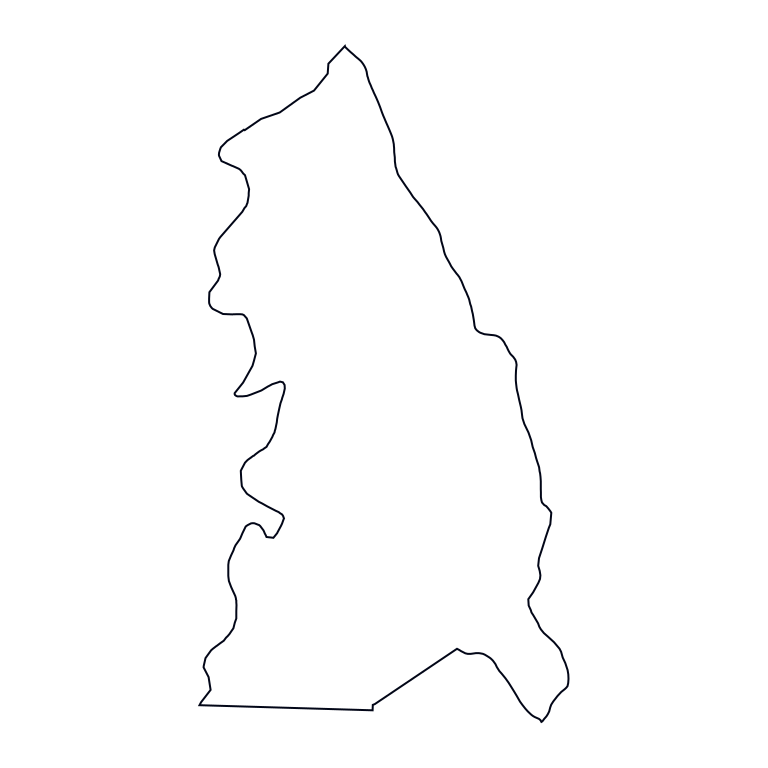 Catin, Laborie, Saint Lucia (Mercator projection)
{"feature_id": "8701671B96536961646106", "entity_name": "Catin", "entity_type": "district", "adm_level": 2, "iso_a3": "LCA", "parent_name": "Saint Lucia", "parent_adm1": "Laborie", "projection": "mercator", "projection_center": [-60.98, 13.778], "detail": "fine", "context": "isolated", "style": "outline", "palette": "ink", "viewbox_px": 768, "rotation_deg": 0, "n_neighbors": 0, "source": "geoboundaries", "source_scale": "gbopen_adm2", "svg_char_len": 5842}
<svg xmlns="http://www.w3.org/2000/svg" viewBox="0 0 768 768"><path d="M372.6,710.3L372.8,704.9L374.8,704.1L457.0,648.8L459.3,650.0L461.2,651.2L462.8,652.0L465.3,653.3L467.9,653.9L470.5,653.9L473.4,653.5L476.1,653.1L478.6,653.1L480.1,653.3L482.8,653.8L484.7,654.6L487.2,656.1L489.4,657.5L490.5,658.3L491.5,659.2L492.9,660.6L494.3,662.5L495.5,664.2L496.8,667.0L499.4,671.1L501.8,673.8L505.3,678.1L508.6,682.7L511.3,687.0L514.1,691.5L516.8,696.0L520.0,701.6L522.4,704.9L525.3,708.6L527.7,711.3L530.1,713.6L531.5,714.9L533.0,716.0L534.7,717.0L536.5,717.8L539.0,718.9L540.5,720.2L541.4,721.9L542.1,721.5L542.8,720.8L544.2,718.9L546.4,716.4L547.8,714.2L549.2,711.4L550.2,707.5L551.2,704.7L553.3,701.4L557.5,696.0L561.2,692.0L564.7,689.2L566.2,687.8L567.5,686.2L568.2,683.1L568.5,678.9L568.3,674.4L567.6,670.1L565.3,663.1L562.7,657.5L561.1,651.8L559.5,648.7L555.2,643.6L554.0,642.2L548.0,636.7L543.9,633.1L540.9,629.4L539.3,626.7L538.1,623.4L533.1,614.9L531.5,612.5L530.8,610.1L528.7,605.6L528.3,599.2L533.1,592.4L538.4,582.8L540.0,579.0L540.4,575.3L539.7,570.9L538.2,565.8L539.0,558.2L542.3,548.2L545.9,536.7L548.9,527.7L550.3,524.3L551.3,512.8L550.5,511.4L549.9,510.6L548.3,508.5L546.3,506.2L544.2,505.0L542.0,502.5L541.4,500.3L540.9,497.1L540.9,492.2L540.8,489.1L540.8,484.2L540.8,481.2L540.5,476.8L540.1,473.4L539.6,471.3L539.1,467.3L538.4,465.1L536.9,460.6L536.0,457.7L534.9,453.3L534.0,450.7L532.7,447.0L531.2,440.3L528.5,432.6L525.9,427.2L524.4,424.1L522.5,418.3L522.1,415.3L521.5,410.2L520.8,406.7L519.2,400.0L518.0,394.3L517.0,390.3L516.6,387.9L516.1,383.6L515.8,380.5L515.8,375.6L516.0,370.7L516.3,367.5L516.6,364.9L516.1,361.9L515.2,359.6L513.2,356.8L511.8,355.4L510.9,354.5L510.1,353.5L508.7,351.1L507.7,349.1L506.7,346.8L505.3,344.6L504.2,342.3L502.8,340.4L501.0,338.4L499.4,337.2L498.1,336.5L495.9,335.6L493.7,335.2L490.6,334.9L484.4,334.2L480.2,332.7L478.7,331.8L478.2,331.4L476.8,330.3L475.3,328.4L474.5,325.6L474.2,323.0L473.8,320.0L473.3,317.0L472.8,314.0L472.1,311.2L471.1,306.4L470.3,304.3L469.6,301.4L469.2,299.6L468.4,297.4L467.1,294.4L466.4,292.6L464.6,288.9L463.5,286.2L462.4,283.4L461.5,281.2L460.1,278.6L459.4,277.2L457.6,274.8L456.6,273.7L454.6,271.0L453.0,268.9L451.2,266.3L450.0,263.9L448.7,261.5L447.6,259.6L446.1,256.9L444.9,254.2L444.1,251.6L443.3,247.9L441.3,240.9L440.9,238.1L440.5,236.1L440.0,234.5L439.3,232.5L438.8,231.4L437.7,229.3L436.5,227.5L435.1,225.8L433.0,223.4L431.0,220.8L428.8,217.4L426.6,214.1L425.1,212.1L423.0,209.0L421.4,207.0L419.6,204.8L417.5,202.0L414.9,199.1L413.2,197.1L412.2,195.6L410.5,192.9L405.8,186.2L400.8,178.8L399.1,176.3L398.0,174.4L397.4,172.7L396.8,170.5L396.1,168.1L395.6,166.8L395.3,164.4L394.9,161.5L394.8,157.4L394.2,152.2L394.1,147.9L393.9,146.0L393.8,144.2L393.3,141.6L392.8,139.1L392.1,136.6L391.1,134.0L389.7,130.6L387.9,126.4L386.5,123.3L385.3,120.5L384.4,118.3L383.3,115.8L381.9,112.2L380.1,107.1L378.0,101.8L375.9,97.0L373.8,92.6L373.0,90.6L371.8,88.1L371.0,86.0L370.5,84.8L369.6,82.9L369.0,81.3L368.3,79.1L367.9,77.5L367.4,76.2L366.9,73.4L366.7,71.9L365.9,69.3L364.9,67.0L364.0,65.4L363.2,64.1L361.9,62.3L360.8,61.0L359.7,60.0L358.1,58.6L357.2,57.9L355.3,56.3L354.7,55.7L352.7,53.9L350.7,52.2L348.0,49.7L345.1,46.9L344.9,46.1L328.4,63.7L327.7,73.6L314.0,90.6L300.3,97.7L279.7,112.5L261.1,118.9L244.7,130.2L243.9,129.7L239.1,133.0L227.2,140.9L220.9,147.3L220.7,147.9L220.4,148.5L219.1,152.7L218.9,154.9L219.1,155.9L221.5,161.1L232.0,165.8L232.9,166.1L238.7,168.7L239.2,169.0L240.5,170.0L241.7,171.4L243.2,173.5L245.0,175.2L249.1,189.2L248.7,193.1L248.7,195.7L247.6,202.1L247.5,202.9L247.1,203.6L246.2,206.1L244.5,208.0L242.3,211.8L220.3,237.1L219.0,238.9L214.8,247.4L214.1,250.4L214.7,254.1L217.7,264.5L218.5,266.7L219.0,268.7L219.3,270.2L220.2,274.2L219.8,276.5L218.6,279.0L218.1,280.5L209.4,292.2L209.1,298.6L209.1,302.2L209.3,303.7L209.6,304.3L210.3,306.0L211.8,308.0L212.8,308.9L223.0,314.0L232.5,314.4L233.0,314.3L236.7,314.2L240.2,314.2L242.4,314.4L243.9,315.1L246.1,317.6L246.8,318.4L251.8,332.7L252.7,335.1L252.9,335.8L254.0,339.7L254.7,346.3L255.9,353.4L254.5,358.7L254.1,360.3L252.5,365.8L243.1,382.6L234.7,393.1L234.6,394.0L235.1,395.1L236.4,396.0L237.5,396.4L243.0,396.3L247.0,395.9L250.8,394.6L260.3,390.9L261.5,390.4L267.9,386.5L269.5,385.7L272.2,384.2L277.9,382.4L280.0,381.6L282.9,382.3L284.6,385.0L284.8,388.6L284.6,389.4L283.6,393.9L282.2,398.0L281.9,399.3L280.5,403.2L279.2,408.9L277.9,415.0L277.2,418.7L276.8,422.3L275.4,429.1L274.9,430.5L274.5,432.5L273.1,435.0L272.4,436.8L269.7,441.7L268.1,444.0L266.5,446.9L264.2,448.4L263.3,449.2L260.6,450.6L259.0,451.6L255.3,454.4L253.9,455.7L253.2,455.9L252.5,456.4L247.6,460.0L246.9,460.7L245.0,462.7L241.7,469.0L240.8,470.8L241.0,474.8L241.3,480.2L241.8,485.8L242.0,486.5L243.1,488.4L246.6,493.3L247.4,494.1L258.8,501.8L262.0,503.4L267.3,506.4L273.7,509.7L275.8,510.8L278.7,512.1L279.9,513.1L281.2,513.9L281.8,514.2L282.3,514.8L282.7,515.3L283.2,516.2L283.7,517.8L284.0,518.3L283.2,520.4L282.0,523.8L281.5,524.7L281.3,525.3L277.7,532.0L277.4,532.6L277.2,533.1L273.4,537.8L270.2,537.4L269.1,537.3L266.5,537.0L265.6,534.9L264.8,533.5L264.3,532.2L263.5,530.4L260.2,526.0L259.0,525.0L258.3,524.8L254.5,523.3L253.4,523.2L252.4,523.2L251.0,523.4L247.5,525.2L245.7,526.5L244.3,529.4L242.4,533.3L240.6,537.6L240.0,538.9L235.5,545.3L234.2,548.1L233.5,550.3L231.1,555.4L228.8,561.0L228.3,564.8L228.3,575.7L228.4,576.9L228.9,581.0L231.1,586.9L232.4,589.8L235.3,596.1L235.9,598.3L236.0,599.7L236.3,600.3L236.3,602.4L236.5,605.1L236.3,611.0L236.3,612.3L236.3,618.5L234.8,622.7L234.0,625.9L233.4,628.3L231.3,631.3L229.5,634.0L227.6,636.2L226.1,637.6L223.8,640.7L220.4,643.1L217.5,645.3L217.0,645.7L216.2,646.2L212.7,648.9L211.6,649.9L211.2,650.2L207.8,654.9L205.5,658.1L203.7,666.1L203.6,667.4L208.6,677.1L208.7,677.8L210.6,689.9L201.1,702.2L199.5,705.2L372.6,710.3Z" fill="none" stroke="#020617" stroke-width="2"/></svg>